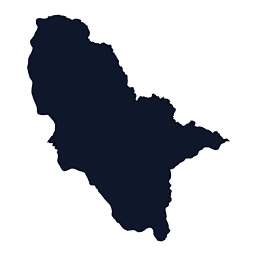 the district of Phonthong, Louangphrabang, Laos
{"feature_id": "54806243B14812805317737", "entity_name": "Phonthong", "entity_type": "district", "adm_level": 2, "iso_a3": "LAO", "parent_name": "Laos", "parent_adm1": "Louangphrabang", "projection": "albers", "projection_center": [103.126, 20.819], "detail": "fine", "context": "isolated", "style": "filled", "palette": "ink", "viewbox_px": 256, "rotation_deg": 0, "n_neighbors": 0, "source": "geoboundaries", "source_scale": "gbopen_adm2", "svg_char_len": 5734}
<svg xmlns="http://www.w3.org/2000/svg" viewBox="0 0 256 256"><path d="M27.9,67.4L28.7,71.7L30.3,77.3L33.0,81.2L33.1,83.8L32.3,88.9L32.2,92.8L34.1,98.8L37.3,106.5L37.7,109.3L37.7,111.9L38.1,113.0L38.5,113.5L41.3,114.3L44.3,114.4L47.3,114.0L48.9,114.7L54.2,120.8L55.9,124.4L55.6,130.6L53.9,134.1L53.8,135.6L51.9,136.7L49.5,140.2L48.8,140.7L48.3,141.7L49.6,141.7L49.9,141.8L49.9,142.3L51.1,142.5L52.2,142.1L53.1,142.7L53.9,142.2L54.6,142.4L54.9,142.9L54.7,143.6L54.1,143.7L53.5,144.1L53.2,145.3L54.4,145.6L56.2,145.3L56.5,146.0L55.5,147.3L55.6,148.1L56.0,148.6L57.1,148.7L57.8,148.4L58.5,148.5L58.4,149.2L58.6,149.8L57.6,152.2L58.5,154.1L58.7,156.3L58.0,160.8L58.4,162.2L59.6,164.4L60.2,165.0L60.8,166.6L62.5,169.4L64.1,170.5L65.8,170.2L71.5,167.8L73.6,167.9L75.4,168.4L78.8,170.0L84.1,171.5L85.7,173.1L88.4,178.3L89.2,180.5L89.8,181.4L90.0,183.2L90.4,184.2L91.6,184.6L95.4,184.8L96.6,187.6L98.1,188.9L98.9,190.6L99.0,191.3L101.9,194.3L104.9,198.4L110.7,204.7L112.1,208.3L112.6,210.9L112.7,212.3L112.3,213.9L112.5,215.5L113.7,217.2L115.9,219.4L117.5,222.0L118.8,222.1L120.0,223.3L122.3,226.5L124.5,228.6L127.5,230.0L132.9,229.3L135.1,229.6L138.1,231.5L141.4,231.2L143.8,229.9L146.4,227.8L148.9,227.0L151.5,227.1L153.9,229.7L154.2,234.4L155.2,236.2L158.2,240.2L159.0,240.1L160.7,240.6L161.7,240.6L164.5,239.3L164.8,238.8L165.0,237.8L166.3,236.5L166.0,235.3L166.4,234.3L166.8,233.7L167.7,233.2L169.6,230.7L168.1,228.4L167.9,225.5L167.2,223.0L166.6,222.4L166.4,221.2L165.8,220.5L165.3,218.6L166.0,216.8L166.0,216.1L165.6,215.0L165.6,214.1L164.6,209.2L165.5,207.0L166.1,206.5L167.4,206.1L168.0,205.5L168.3,204.6L168.1,202.9L170.7,200.7L170.9,200.2L170.9,198.8L169.6,196.1L170.4,194.9L170.2,193.4L171.1,191.0L169.7,189.9L168.8,188.3L169.1,187.2L170.3,186.2L170.6,185.2L169.6,184.3L168.2,182.0L168.6,179.9L170.1,178.0L170.4,175.1L170.0,171.5L169.0,169.8L169.1,169.3L173.7,167.7L175.1,165.9L177.8,164.2L178.8,163.0L180.1,162.1L183.4,160.5L185.1,158.2L185.9,157.7L190.5,157.8L191.9,157.3L194.1,155.5L194.8,155.5L196.4,154.7L197.2,153.8L198.4,150.8L199.1,150.1L202.0,148.8L202.5,148.0L204.9,146.3L206.6,146.7L208.7,146.5L213.9,149.0L215.5,149.3L217.2,149.1L217.9,148.7L220.3,144.1L221.8,142.8L222.3,142.9L224.3,142.0L225.7,140.5L228.1,140.5L226.6,139.2L224.6,139.9L222.6,139.4L221.8,137.7L220.5,136.9L220.4,136.5L219.7,136.3L219.3,134.9L218.6,134.0L217.5,133.4L217.2,133.0L217.1,132.2L216.5,131.9L215.9,132.1L215.1,131.9L214.1,132.9L212.7,133.8L211.5,133.3L211.4,132.7L210.6,132.4L210.5,131.8L209.9,131.7L209.4,131.2L207.8,130.3L207.1,130.5L206.0,130.2L204.7,129.1L204.1,128.8L203.9,129.0L202.5,127.8L201.5,127.9L200.7,127.3L199.6,127.5L199.1,127.1L197.1,127.7L195.6,126.9L195.0,127.1L194.4,126.9L193.6,125.6L193.7,125.0L194.3,124.7L194.6,123.7L194.4,123.0L194.6,122.4L194.3,122.1L193.5,122.5L192.8,121.4L191.2,121.3L191.1,122.4L190.7,122.9L190.3,122.7L190.1,123.0L189.6,123.1L189.3,123.7L189.4,123.9L188.9,124.3L187.1,124.4L186.5,125.1L184.9,126.0L184.7,126.8L183.6,126.4L182.8,126.7L181.9,126.3L181.3,125.3L180.7,125.2L180.5,124.8L179.5,124.6L179.0,123.6L178.4,123.8L177.6,123.2L177.7,122.6L175.7,123.2L175.3,122.6L175.3,122.3L174.6,121.7L174.1,121.6L174.8,120.5L173.9,119.9L172.6,119.9L172.4,118.0L172.8,117.6L171.9,117.0L172.4,115.8L173.1,115.1L173.0,113.2L173.7,112.8L173.8,112.2L175.0,110.4L175.1,109.2L172.4,107.3L172.1,106.7L172.2,105.9L171.0,104.7L169.0,103.7L167.7,103.5L169.4,101.6L168.9,101.1L168.7,100.4L167.4,99.6L165.3,99.2L164.1,99.5L163.8,98.9L163.3,98.7L163.1,97.8L161.4,99.1L161.2,99.6L159.7,99.2L158.6,97.9L158.4,97.1L157.3,97.3L156.7,96.7L155.5,96.5L155.4,95.8L154.5,95.0L153.6,95.4L153.3,94.3L152.6,94.7L152.8,96.3L151.5,97.7L150.3,98.1L148.5,98.3L148.0,98.9L147.9,98.5L147.4,98.7L147.5,98.2L147.2,98.6L146.7,98.3L146.5,97.9L145.8,98.3L145.3,97.9L145.0,98.1L145.0,97.8L144.1,97.3L143.7,97.7L143.5,97.3L143.1,97.1L142.6,97.7L141.2,97.6L141.0,96.9L140.5,96.9L138.9,98.6L137.7,101.3L137.3,101.5L136.2,101.2L134.8,100.0L134.7,99.4L135.3,97.9L134.9,96.6L135.8,96.0L135.0,94.0L133.3,93.7L133.3,91.9L134.0,91.3L133.8,90.4L132.9,89.2L133.1,88.2L131.9,87.7L131.2,88.3L129.5,88.2L128.8,87.4L127.9,87.2L126.3,84.9L126.9,83.3L126.8,82.3L127.1,80.8L126.8,80.3L126.9,78.7L126.6,77.5L126.9,76.7L126.5,75.5L126.2,75.7L125.0,75.5L124.2,73.2L123.8,72.5L123.2,72.2L122.3,72.2L122.3,70.8L121.6,69.6L122.0,69.0L122.0,68.4L121.4,67.9L121.1,67.2L120.4,67.2L119.1,66.1L118.5,65.2L118.3,64.1L117.9,63.7L118.3,60.9L117.4,60.6L116.9,58.8L115.8,57.5L115.6,56.3L115.4,56.1L114.9,56.4L114.7,55.0L113.7,54.4L113.9,54.0L113.5,53.6L113.6,53.2L113.1,53.2L111.9,52.5L111.8,51.8L112.5,50.8L112.1,50.3L112.4,49.8L112.0,49.6L111.6,48.6L110.3,48.0L110.3,47.6L111.0,46.7L110.4,46.1L110.5,45.5L109.3,45.3L108.7,45.8L107.6,45.7L106.9,45.0L105.9,44.7L103.8,43.2L103.2,44.0L102.1,43.5L101.2,44.7L100.5,44.6L99.8,45.2L99.3,44.5L98.0,43.8L97.1,44.2L96.1,43.7L95.7,44.0L94.8,43.7L93.5,42.8L93.0,42.9L92.4,42.4L91.2,42.9L90.1,41.7L89.3,41.4L88.9,40.5L88.9,39.7L87.7,38.7L87.4,38.8L87.4,38.2L87.0,37.8L87.4,36.6L88.1,36.1L88.8,35.0L89.2,33.1L88.8,31.2L88.2,30.2L86.9,27.2L86.9,26.2L85.4,25.6L85.0,25.2L84.8,24.3L83.9,24.2L82.9,23.1L82.1,22.8L81.3,23.0L80.4,22.0L80.0,21.1L80.3,20.5L78.0,19.6L75.4,19.4L72.8,20.5L71.6,20.5L70.0,19.7L69.8,19.3L69.1,19.0L68.1,19.0L67.4,18.5L67.0,18.8L66.1,18.8L65.5,18.3L65.7,17.2L63.8,16.5L60.4,16.1L59.2,15.4L58.4,15.8L57.3,15.5L56.4,15.8L54.9,15.8L52.8,16.2L51.5,17.1L50.0,17.1L49.7,16.9L48.8,17.0L48.5,17.4L49.2,17.9L48.2,18.7L44.2,19.5L39.9,18.8L38.6,18.9L37.2,19.5L36.8,20.0L36.7,20.7L36.7,23.2L37.3,24.7L38.4,26.5L38.5,27.3L37.6,29.9L35.6,33.1L34.9,35.6L30.9,40.9L30.8,41.6L31.1,43.4L31.7,45.0L33.4,47.5L33.2,49.3L31.8,53.3L30.2,55.8L29.6,57.6L29.0,58.4L28.8,63.3L27.9,67.4Z" fill="#0f172a" stroke="#020617" stroke-width="1.5"/></svg>